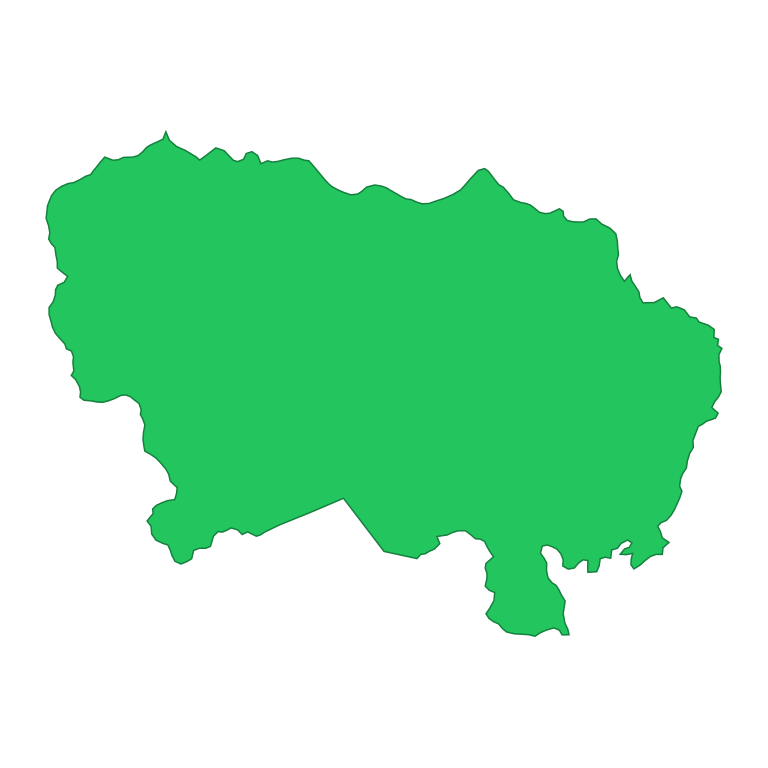 Abelardo Luz, Santa Catarina, Brazil
{"feature_id": "56859067B19752032380289", "entity_name": "Abelardo Luz", "entity_type": "district", "adm_level": 2, "iso_a3": "BRA", "parent_name": "Brazil", "parent_adm1": "Santa Catarina", "projection": "albers", "projection_center": [-52.247, -26.575], "detail": "fine", "context": "isolated", "style": "filled", "palette": "green", "viewbox_px": 768, "rotation_deg": 0, "n_neighbors": 0, "source": "geoboundaries", "source_scale": "gbopen_adm2", "svg_char_len": 4474}
<svg xmlns="http://www.w3.org/2000/svg" viewBox="0 0 768 768"><path d="M104.7,157.1L99.4,163.3L96.5,167.1L93.5,170.6L90.7,174.6L86.0,176.1L79.6,179.8L73.8,182.6L68.2,183.5L61.6,186.3L55.8,190.2L51.7,195.4L49.3,201.1L47.5,205.9L47.0,210.8L46.1,218.2L48.6,225.7L49.8,232.7L48.7,239.1L51.3,243.6L54.9,247.5L55.9,254.7L57.3,262.0L57.3,268.0L62.4,272.4L67.6,276.3L64.2,282.3L57.8,285.2L55.6,289.6L55.3,295.1L53.2,301.8L49.1,307.4L49.1,314.7L51.2,321.9L52.5,327.1L55.4,333.3L60.3,339.0L64.9,344.0L66.4,348.9L71.4,351.0L73.5,356.7L72.9,362.2L73.8,371.0L71.3,375.5L75.5,379.4L79.4,386.4L80.6,392.1L80.0,397.2L83.9,400.2L91.1,400.9L97.2,402.0L102.5,402.3L108.3,400.9L114.4,398.6L120.8,395.4L125.6,394.9L130.6,396.8L134.5,400.1L139.0,403.4L141.2,409.9L140.4,414.6L142.7,418.8L144.9,425.0L143.5,432.5L143.0,439.4L143.8,445.4L144.8,451.1L150.7,454.4L155.8,457.9L160.3,462.5L165.8,469.0L168.7,474.2L170.3,481.2L177.2,487.6L176.5,493.7L174.7,499.7L167.9,500.5L161.8,502.8L156.3,505.4L152.7,508.9L153.1,513.7L149.9,517.4L147.1,521.0L151.1,526.3L151.7,534.0L155.9,540.1L162.9,543.4L167.8,544.9L170.4,550.4L171.8,555.1L175.0,561.3L181.0,564.0L186.9,561.6L191.7,558.7L193.6,550.4L199.7,548.2L205.7,548.3L210.4,546.4L212.0,541.2L213.4,536.3L218.0,531.6L222.4,532.1L227.1,530.1L231.0,527.9L237.7,529.9L242.2,534.5L247.6,531.9L252.2,534.2L256.4,536.2L260.8,534.7L264.7,532.1L279.1,525.1L296.3,518.1L308.7,513.1L343.5,498.3L384.0,551.4L417.0,558.6L420.7,554.4L425.4,553.7L429.3,551.3L434.5,549.0L439.8,543.6L436.9,536.5L441.5,535.8L447.1,535.0L451.7,532.8L458.0,530.8L465.6,530.8L470.7,534.7L475.6,538.8L480.2,539.1L484.7,541.5L486.8,546.1L489.3,550.6L493.5,556.8L486.0,563.4L485.2,568.0L487.0,573.4L487.0,578.2L485.2,586.2L489.3,590.3L494.7,592.5L494.0,600.5L489.7,608.3L486.0,613.8L489.1,618.5L493.4,621.6L498.6,623.9L502.6,628.7L506.7,632.0L514.4,633.8L521.4,634.2L528.8,634.7L535.1,636.2L539.8,633.0L546.0,630.2L553.9,627.9L559.4,630.2L562.1,634.9L569.0,634.7L567.9,629.5L564.8,622.9L563.2,613.6L564.2,607.0L565.1,601.1L561.2,594.6L559.0,589.9L556.2,585.5L551.9,582.7L547.9,577.6L546.5,570.4L546.7,563.1L544.2,558.4L540.5,553.2L542.3,546.0L547.5,545.0L552.1,546.7L556.8,549.0L560.8,553.7L563.2,559.7L562.8,566.0L568.2,569.1L574.4,568.0L578.2,563.4L583.1,559.8L587.9,560.5L587.7,566.6L587.9,572.3L596.7,571.7L599.1,566.0L600.2,558.7L605.2,557.2L610.7,558.2L611.7,549.9L617.4,548.3L621.1,543.4L627.7,540.0L631.9,542.9L629.4,547.3L624.6,548.9L620.2,554.3L626.3,554.6L632.6,553.4L631.2,559.3L631.0,564.8L633.9,568.9L639.9,565.2L645.3,560.4L650.5,556.4L656.1,554.4L662.3,554.4L663.0,547.8L669.0,542.4L662.2,537.8L660.5,531.8L657.7,526.2L661.0,522.7L666.4,520.4L670.8,515.6L674.3,509.9L677.1,503.9L679.8,497.7L681.9,491.2L679.6,486.2L680.6,478.9L682.6,473.7L686.4,468.0L687.4,460.8L689.7,453.3L693.4,447.3L692.9,440.7L695.9,432.6L698.3,426.4L702.3,424.3L706.5,421.2L711.1,419.7L715.5,418.1L718.1,413.2L711.8,407.5L714.7,401.7L718.4,397.1L721.2,391.8L720.5,384.3L720.1,378.1L720.5,371.8L720.3,366.6L719.1,361.7L718.9,354.6L721.9,348.4L717.5,345.4L718.5,339.3L713.9,337.5L714.2,329.4L708.4,325.3L698.9,321.9L696.4,318.1L689.7,316.9L684.3,309.8L676.8,306.8L671.3,308.0L663.3,297.8L654.1,302.6L642.9,302.8L639.9,297.5L638.9,291.8L631.8,281.0L630.1,274.7L624.3,281.3L620.3,275.2L617.4,268.4L616.6,261.1L618.5,254.6L617.8,248.9L617.4,241.6L615.8,233.8L609.9,228.1L601.8,224.1L596.0,218.9L589.8,219.0L583.4,222.0L578.5,222.0L573.1,221.8L567.3,220.5L563.6,216.1L563.1,211.3L559.4,208.8L554.5,211.1L549.5,213.3L545.0,213.6L539.4,212.3L534.5,208.2L530.5,205.1L526.1,203.5L520.7,202.5L513.5,199.8L508.9,193.6L503.3,187.2L498.8,184.7L495.3,180.4L490.9,174.6L488.1,171.0L484.6,168.6L478.3,170.4L470.2,179.0L465.3,184.8L460.6,189.9L453.2,194.3L448.0,196.7L443.9,198.5L437.3,200.6L428.9,203.5L422.2,203.8L416.9,202.2L410.8,199.5L406.3,199.0L401.7,196.8L396.2,193.6L390.8,190.5L386.3,187.8L381.2,186.0L374.7,185.0L366.6,187.1L361.6,191.5L357.7,194.1L350.7,194.8L343.5,192.3L337.9,189.9L331.8,186.5L328.3,183.5L324.2,179.0L318.6,172.2L313.2,165.8L308.9,160.8L304.0,160.1L298.7,158.2L291.8,158.2L283.9,159.8L278.3,161.3L272.5,162.1L267.6,160.8L261.0,163.7L257.5,155.4L251.9,151.7L246.3,153.5L243.6,159.3L237.7,161.6L233.3,160.3L224.2,150.7L215.8,147.9L205.4,156.0L199.7,160.1L196.2,157.0L185.5,150.5L176.7,146.6L169.4,140.3L165.9,131.8L162.9,139.3L150.8,144.8L146.6,147.4L142.6,151.9L138.2,155.5L132.8,157.1L123.5,157.4L118.2,159.8L112.9,160.2L104.7,157.1Z" fill="#22c55e" stroke="#15803d" stroke-width="1.5"/></svg>